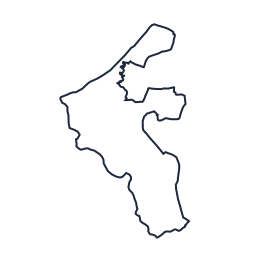 the district of St. Paul River, Montserrado, Liberia, rotated 96°
{"feature_id": "62588387B63326242332262", "entity_name": "St. Paul River", "entity_type": "district", "adm_level": 2, "iso_a3": "LBR", "parent_name": "Liberia", "parent_adm1": "Montserrado", "projection": "robinson", "projection_center": [-10.782, 6.5], "detail": "fine", "context": "isolated", "style": "outline", "palette": "slate", "viewbox_px": 256, "rotation_deg": 96, "n_neighbors": 0, "source": "geoboundaries", "source_scale": "gbopen_adm2", "svg_char_len": 5412}
<svg xmlns="http://www.w3.org/2000/svg" viewBox="0 0 256 256"><g transform="rotate(96 128 128)"><path d="M210.4,111.2L211.4,111.6L212.7,111.2L213.8,109.6L214.4,107.5L216.4,106.8L219.2,106.0L219.4,105.7L220.1,104.6L221.1,103.2L221.7,101.5L221.8,101.3L223.0,99.2L223.9,97.9L224.4,97.8L226.3,97.0L228.3,97.2L230.1,96.1L231.4,94.8L231.4,93.2L231.4,92.9L231.7,91.2L232.6,89.1L233.9,88.0L233.6,86.7L233.2,86.4L231.3,84.1L230.1,82.8L227.7,80.7L227.0,79.3L226.7,77.4L226.7,75.2L226.0,73.9L225.2,72.7L224.1,71.3L223.9,69.8L225.0,67.0L224.2,65.2L223.6,64.7L222.4,63.6L221.3,62.6L220.4,61.1L218.8,61.0L218.7,60.4L216.4,59.4L214.8,57.9L214.4,57.6L213.6,58.7L212.2,61.4L211.2,63.7L207.6,65.2L202.7,67.1L199.6,68.3L196.4,69.6L194.0,70.6L192.2,71.2L187.2,72.7L186.5,72.8L186.1,73.0L184.2,73.6L182.8,74.0L182.4,74.0L179.6,74.5L178.0,74.0L175.4,73.0L174.8,73.0L173.5,73.1L172.3,73.1L168.1,73.0L167.8,73.0L163.7,72.8L161.2,73.0L159.1,73.2L158.8,73.4L157.0,74.2L153.0,76.3L152.1,76.8L151.8,77.3L150.4,80.0L149.9,81.0L149.3,83.3L148.7,86.0L148.4,86.8L148.1,88.3L148.6,88.7L150.0,90.2L149.4,90.7L144.9,95.1L142.9,97.2L141.8,98.4L136.4,104.3L136.0,104.8L130.5,110.2L130.6,110.4L128.2,112.8L127.5,112.8L126.8,113.2L119.6,114.1L119.4,114.1L118.8,113.9L115.4,113.3L114.1,112.4L112.9,111.4L112.2,111.0L111.7,110.6L108.7,103.7L111.6,100.1L111.7,100.4L112.2,100.6L112.3,100.2L113.1,99.9L114.7,99.6L115.1,99.6L116.8,99.0L117.4,97.4L117.0,96.0L116.0,94.1L115.1,92.8L114.3,91.6L114.3,90.9L114.6,87.9L114.8,85.7L114.4,83.2L114.4,82.2L114.2,80.3L114.0,80.1L113.9,79.2L113.8,78.7L113.4,78.4L113.1,78.2L112.4,77.9L112.2,77.7L111.6,77.6L109.7,77.4L107.3,76.9L104.0,76.1L102.5,75.7L101.3,75.3L100.8,75.1L98.7,73.7L98.1,73.3L97.7,73.4L96.3,73.7L93.2,74.4L90.3,75.0L90.1,75.0L89.8,75.8L89.7,76.1L89.1,77.8L89.0,78.0L89.8,82.7L89.8,83.6L89.1,84.1L87.7,84.6L87.5,85.3L87.4,85.5L87.3,85.8L87.2,86.1L86.5,86.2L86.0,86.2L85.5,86.2L84.0,86.3L82.9,86.4L82.7,86.8L82.9,87.1L83.0,87.5L83.7,89.6L84.6,92.2L84.8,95.1L84.9,96.7L85.3,97.5L85.6,98.4L85.8,98.8L86.1,102.1L86.3,105.6L86.3,106.9L86.3,109.9L86.2,111.6L86.3,111.7L86.9,112.1L87.8,112.1L90.6,112.9L91.7,113.2L94.3,114.1L94.5,114.3L95.0,114.2L96.2,114.5L98.0,115.2L99.4,115.6L99.8,115.9L100.4,116.3L100.6,118.4L100.9,119.7L101.0,120.0L101.2,121.0L101.5,123.4L101.1,124.0L100.7,124.7L100.4,125.1L99.4,127.0L99.6,127.7L99.8,129.2L100.2,131.1L100.5,132.4L100.5,133.1L100.5,133.3L100.4,133.2L99.9,133.1L99.6,132.9L98.9,132.4L98.5,132.5L98.3,132.6L98.0,133.4L97.4,133.7L96.8,133.5L95.0,132.9L94.6,132.8L93.0,132.6L92.3,132.8L92.2,132.8L90.8,133.9L90.2,135.1L89.4,135.7L89.2,135.9L88.0,136.9L88.0,137.3L87.9,137.5L87.9,138.1L87.8,138.8L87.7,139.4L87.1,140.2L85.7,141.2L84.7,142.9L84.5,143.2L84.1,142.7L84.2,141.5L83.8,141.2L83.0,141.5L82.6,141.3L82.7,140.6L82.8,139.8L81.8,139.8L81.7,139.5L81.6,138.8L81.6,138.5L81.1,137.9L80.3,137.8L79.7,137.9L78.8,138.7L77.9,139.4L77.2,139.3L77.1,138.5L76.8,137.4L76.4,137.3L76.3,137.8L76.3,138.2L76.1,139.2L75.6,140.9L75.1,141.3L74.7,141.8L73.7,141.7L73.7,141.1L74.0,140.2L74.1,139.5L73.4,139.1L73.2,138.9L72.3,138.4L71.5,138.2L71.1,138.1L70.2,138.8L69.7,139.2L69.5,139.4L68.7,140.1L68.7,140.7L68.3,141.3L68.2,141.6L67.5,141.3L67.0,140.3L67.1,139.7L67.8,139.4L67.9,139.2L68.1,138.6L67.6,138.2L66.7,137.8L66.4,138.3L66.1,138.8L65.6,138.8L65.5,138.5L65.1,137.8L64.7,138.2L64.6,138.6L64.4,139.5L64.2,139.6L63.6,139.9L62.9,139.7L62.7,139.3L62.9,139.0L63.3,138.0L63.5,137.3L63.2,136.6L63.1,135.6L63.3,135.2L63.8,134.7L63.9,134.3L63.3,134.1L63.1,134.0L62.3,133.3L61.6,132.8L61.4,132.6L62.3,131.6L62.9,129.6L63.0,129.4L64.0,127.3L64.0,127.1L64.9,122.5L65.9,119.1L65.9,118.9L65.5,118.5L65.1,118.4L62.9,118.0L60.6,117.5L59.9,117.4L56.6,115.9L54.9,114.5L53.3,111.3L52.8,110.2L51.9,108.2L51.6,107.4L51.2,106.6L51.1,106.3L50.5,105.2L50.3,104.8L49.8,104.1L49.0,102.9L48.5,102.3L48.4,101.8L47.8,99.2L47.2,97.6L46.7,96.3L46.3,95.3L45.3,93.6L45.1,93.5L44.5,93.3L39.2,92.0L38.2,91.7L37.8,91.7L37.7,91.7L37.3,91.7L36.9,91.8L34.2,91.5L33.2,91.3L32.6,91.2L32.0,91.1L31.8,91.1L30.6,91.1L29.5,92.1L29.7,92.4L29.8,92.7L27.8,93.0L26.1,96.2L25.9,96.6L24.6,100.2L23.7,104.8L23.1,108.1L22.9,109.4L22.1,112.7L23.3,115.0L25.4,116.9L30.5,119.8L34.8,122.9L39.0,125.9L39.8,126.4L46.0,130.5L47.8,133.1L55.9,138.6L64.6,145.5L69.7,149.5L72.6,151.8L75.4,155.2L78.3,158.6L82.0,163.6L84.8,168.4L85.7,170.0L87.7,172.4L89.2,173.7L93.9,177.8L94.5,178.7L98.0,183.8L98.2,186.3L98.3,186.5L98.6,187.1L99.4,189.0L101.4,192.2L101.5,192.5L104.3,198.0L105.9,198.4L109.7,196.2L110.9,193.1L111.4,192.6L112.6,191.2L113.2,190.5L113.6,190.5L115.5,190.2L116.4,190.1L117.7,189.9L121.8,188.5L124.4,188.2L129.5,187.5L134.1,186.1L135.2,182.1L135.5,181.2L135.9,180.1L136.7,177.9L138.5,176.3L139.5,175.5L139.6,175.4L140.9,175.8L141.2,176.0L144.0,177.2L144.1,177.3L144.3,177.9L144.5,178.4L147.3,178.0L149.2,177.4L151.6,177.4L153.5,175.0L154.4,172.8L154.5,172.3L153.0,168.7L152.9,168.3L152.4,165.8L153.4,163.0L154.0,159.1L155.1,157.1L155.6,156.1L157.1,153.2L159.6,150.6L162.1,149.1L165.9,148.4L167.9,147.0L169.8,145.7L173.2,143.3L173.6,142.6L175.9,139.0L176.9,136.4L177.5,134.9L178.1,130.7L177.2,128.6L175.8,127.3L174.7,126.4L173.0,125.2L173.4,123.5L174.6,121.2L176.8,119.8L178.8,119.7L181.5,120.9L182.5,121.0L183.8,121.2L186.4,121.4L186.6,121.4L189.4,120.2L190.7,118.7L191.9,117.1L194.4,115.5L194.6,115.3L198.0,114.0L201.3,112.2L206.0,110.9L207.2,110.2L210.1,111.1L210.4,111.2Z" fill="none" stroke="#1e293b" stroke-width="2"/></g></svg>